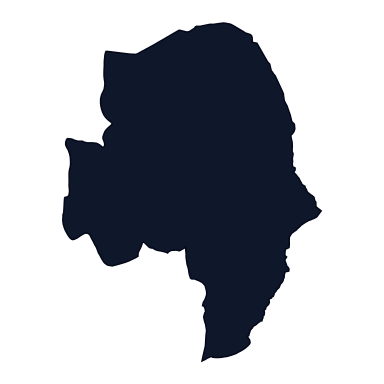 outline of Angkor Chey, Kâmpôt, Cambodia
{"feature_id": "14789045B76666331169485", "entity_name": "Angkor Chey", "entity_type": "district", "adm_level": 2, "iso_a3": "KHM", "parent_name": "Cambodia", "parent_adm1": "Kâmpôt", "projection": "robinson", "projection_center": [104.635, 10.793], "detail": "fine", "context": "isolated", "style": "filled", "palette": "ink", "viewbox_px": 384, "rotation_deg": 0, "n_neighbors": 0, "source": "geoboundaries", "source_scale": "gbopen_adm2", "svg_char_len": 5379}
<svg xmlns="http://www.w3.org/2000/svg" viewBox="0 0 384 384"><path d="M250.4,34.6L245.2,32.9L243.7,31.8L233.4,25.7L230.5,24.2L227.4,23.6L225.9,23.3L223.1,23.0L222.2,23.2L220.3,23.4L216.0,24.0L213.1,24.4L210.1,24.3L201.1,26.1L200.3,26.4L196.7,26.3L195.4,26.8L194.6,28.2L189.2,31.7L187.7,31.9L186.5,32.0L185.1,31.6L180.6,30.5L179.2,30.2L178.4,30.6L177.4,31.2L152.6,45.6L137.1,54.0L135.5,54.4L129.7,54.1L122.2,53.2L107.5,51.4L105.9,51.5L105.4,53.2L105.0,54.5L104.8,56.7L104.5,59.2L104.3,62.1L104.3,65.7L104.1,69.4L104.0,72.5L104.0,75.0L104.2,77.8L104.5,80.2L104.7,81.1L104.9,83.6L104.7,85.9L104.2,89.2L103.2,91.5L101.8,94.3L101.1,96.6L100.6,99.2L100.6,103.5L101.0,106.4L101.5,108.5L102.2,110.9L102.9,112.7L103.8,114.7L105.3,116.9L106.0,117.7L106.7,118.5L108.4,120.1L109.8,121.2L111.2,122.2L112.0,123.2L112.0,124.3L110.8,125.5L108.7,127.3L107.8,128.1L106.1,129.9L104.8,131.8L103.8,134.4L103.0,136.7L103.0,138.7L104.0,141.2L104.6,143.2L104.7,145.0L104.4,146.4L103.8,146.9L102.7,147.5L102.0,146.8L99.2,144.6L96.5,143.3L92.9,142.9L90.1,142.9L87.6,142.9L84.3,142.2L82.6,141.3L80.3,141.2L77.8,141.2L74.0,140.1L72.4,139.3L70.9,138.9L69.1,138.8L67.9,138.6L67.0,139.0L66.5,139.7L65.7,142.2L65.7,144.9L66.8,147.5L67.9,149.2L68.7,151.1L69.6,153.8L70.3,157.0L70.5,159.7L70.6,163.2L70.4,166.1L69.8,168.6L69.3,171.0L69.1,173.1L69.1,177.0L69.2,181.1L69.1,184.3L69.1,186.4L69.4,188.7L69.5,190.9L69.3,193.2L68.8,195.6L68.1,196.3L66.7,197.1L65.1,197.3L64.6,198.0L64.3,202.1L64.1,206.8L63.9,210.1L63.7,212.7L63.0,214.8L63.0,217.1L62.8,220.1L63.2,223.9L64.1,227.1L65.4,230.5L66.8,233.0L68.3,235.6L70.0,237.9L71.6,239.2L72.8,239.6L74.4,239.2L77.4,237.8L80.4,235.7L83.0,234.1L85.5,233.0L88.1,233.4L89.9,234.9L92.0,239.1L93.3,241.5L94.1,243.1L94.8,244.7L95.6,245.9L96.6,247.7L97.6,250.4L98.4,252.6L98.7,253.4L99.2,253.9L100.0,255.4L101.7,258.6L103.7,261.9L104.8,263.1L106.2,264.2L107.7,265.1L112.3,265.9L116.1,264.9L120.0,263.8L125.1,262.3L128.8,260.9L133.0,258.9L135.5,257.7L137.3,256.6L138.0,256.2L138.0,253.0L138.9,250.9L140.1,248.7L141.4,245.7L142.3,242.9L142.8,242.0L144.6,242.7L147.0,245.1L149.4,247.4L151.3,248.0L152.9,248.1L155.3,249.6L158.1,250.5L160.8,250.9L164.8,251.9L166.8,252.5L167.6,253.0L168.4,251.9L169.5,251.3L170.2,250.8L171.5,250.4L172.3,250.2L174.5,250.3L175.6,250.0L177.6,250.3L179.2,250.8L181.1,249.9L181.8,249.4L184.4,248.0L185.5,247.3L186.0,252.6L186.1,254.0L186.1,257.3L187.1,264.3L188.4,268.6L189.2,273.9L190.5,278.1L192.0,279.0L194.1,278.8L195.7,279.4L199.6,281.0L202.5,282.6L205.1,285.5L206.6,291.2L206.7,294.7L205.1,299.4L203.3,302.5L202.6,305.7L204.2,306.3L205.1,308.6L205.6,311.8L204.8,312.9L203.7,316.7L204.4,320.4L205.7,324.7L206.6,330.7L206.0,335.7L205.4,346.1L203.6,353.7L202.0,361.0L205.3,359.4L207.1,358.2L209.2,357.3L211.2,356.3L212.3,357.1L213.3,357.3L214.6,357.4L215.5,357.5L218.5,357.5L221.3,357.3L224.7,356.7L227.1,356.4L229.5,355.7L232.4,354.8L236.0,353.5L237.9,352.4L241.1,350.7L243.6,349.2L245.7,347.7L248.3,345.3L249.6,343.8L250.1,342.4L249.7,341.7L249.8,340.6L249.1,339.2L248.6,338.6L247.9,337.4L247.4,336.3L248.7,335.6L249.3,333.1L249.7,332.3L250.0,331.0L250.4,330.2L251.0,329.3L251.5,328.7L252.2,328.1L252.8,327.0L253.8,325.8L254.7,325.4L255.7,324.9L256.6,324.1L257.5,323.2L258.1,322.7L259.0,322.2L260.0,321.3L261.0,320.8L261.9,320.9L262.1,320.0L262.5,318.5L263.0,317.8L262.8,316.6L263.1,315.8L263.9,315.4L264.2,314.1L264.4,313.2L264.3,311.5L263.9,310.5L264.5,309.6L265.2,309.5L265.5,308.8L265.9,307.5L266.2,306.5L267.2,305.8L267.9,305.0L268.5,304.4L268.9,303.7L269.3,302.4L269.2,301.6L269.0,300.3L269.1,299.5L269.6,298.9L270.3,298.3L271.4,298.1L271.9,296.7L272.6,296.7L273.4,296.1L273.7,295.1L274.1,294.1L274.4,293.0L274.8,292.3L275.8,291.5L276.4,290.1L276.9,289.6L277.7,288.8L278.4,288.2L278.9,287.7L279.4,286.8L279.9,285.4L280.3,284.3L281.0,283.5L282.3,282.1L283.1,280.5L283.3,279.1L283.8,278.3L284.2,276.9L284.2,275.6L284.4,274.3L285.1,271.9L286.2,271.6L287.3,271.4L288.7,271.1L288.8,270.2L289.0,269.2L288.7,268.3L288.0,267.3L286.5,265.8L286.5,264.9L286.1,264.0L285.8,262.8L285.4,262.0L284.9,261.0L285.0,260.0L285.0,259.2L285.5,258.5L286.2,257.7L286.6,257.0L285.7,256.3L285.2,255.7L284.8,254.4L284.9,253.3L285.1,251.5L285.2,249.7L286.0,248.9L286.9,248.5L288.4,247.9L289.0,247.5L289.1,246.6L289.3,244.1L289.2,242.2L289.2,239.7L289.3,237.2L290.3,235.5L291.4,233.6L293.9,231.6L296.3,230.0L297.3,228.8L299.4,227.0L301.0,225.3L303.4,223.6L305.5,222.2L308.6,220.5L311.3,219.5L313.1,218.7L315.0,217.9L316.8,216.8L318.6,214.3L321.2,210.9L319.6,209.6L317.7,208.2L316.1,206.7L315.8,205.4L315.9,203.9L315.8,202.1L314.9,201.0L314.5,199.7L314.3,198.8L314.0,197.3L312.1,195.6L310.6,194.7L309.6,193.9L308.1,192.7L307.0,191.5L306.5,189.7L305.9,188.8L305.1,187.6L305.0,186.3L303.5,185.5L301.9,184.3L301.1,182.5L300.0,180.7L299.0,178.4L297.3,176.5L296.1,174.8L294.1,172.8L293.6,172.2L294.9,170.5L295.2,169.0L294.9,167.7L293.9,167.4L292.6,166.7L292.3,163.9L292.6,161.3L292.3,158.6L292.6,156.8L293.1,153.9L292.2,151.8L292.1,150.2L292.1,149.0L292.3,146.5L292.1,142.0L291.2,138.3L290.8,135.3L292.3,133.9L294.0,131.5L294.8,128.9L294.4,124.3L293.6,123.3L291.8,121.7L290.2,115.0L288.4,110.0L287.1,106.1L285.7,103.5L284.5,101.3L284.2,100.2L283.5,95.5L283.4,93.9L282.1,90.8L275.2,75.9L273.2,73.5L272.6,72.3L271.8,71.5L271.1,70.2L269.7,64.1L268.6,63.0L267.6,61.9L256.9,43.2L252.4,42.4L252.1,37.2L251.5,35.7L250.4,34.6Z" fill="#0f172a" stroke="#020617" stroke-width="1.5"/></svg>